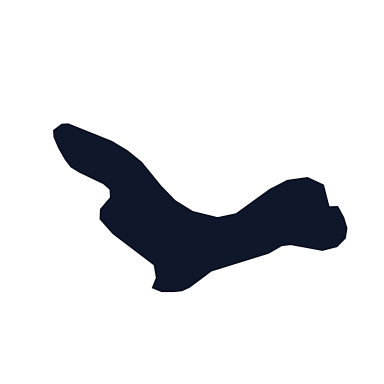 Bonaire, Natural Earth projection, rotated 134°
{"feature_id": "NLD-5149", "entity_name": "Bonaire", "entity_type": "Special Municipality", "adm_level": 1, "iso_a3": "NLD", "parent_name": "Netherlands", "parent_adm1": "", "projection": "natural_earth1", "projection_center": [-68.284, 12.166], "detail": "fine", "context": "isolated", "style": "filled", "palette": "ink", "viewbox_px": 384, "rotation_deg": 134, "n_neighbors": 0, "source": "natural_earth", "source_scale": "10m", "svg_char_len": 700}
<svg xmlns="http://www.w3.org/2000/svg" viewBox="0 0 384 384"><g transform="rotate(134 192 192)"><path d="M269.9,130.9L275.7,135.7L284.5,144.8L288.1,153.8L278.3,157.8L270.5,168.4L276.6,220.0L275.1,239.2L267.9,245.6L252.4,246.6L246.8,252.7L247.2,261.4L255.7,286.8L257.8,296.4L256.4,305.8L252.7,318.4L248.1,329.4L243.7,334.1L233.8,332.5L229.2,328.2L211.5,284.6L207.5,267.0L205.9,249.0L209.6,218.2L210.2,198.1L205.9,178.0L193.0,155.7L177.1,144.9L136.2,137.6L117.5,131.2L101.6,118.8L95.9,102.3L107.8,83.1L101.5,77.0L105.2,65.3L110.6,55.6L118.7,49.9L130.4,50.0L143.2,57.8L161.0,84.6L168.2,90.5L182.6,94.6L235.3,123.5L262.3,127.9L269.9,130.9Z" fill="#0f172a" stroke="#020617" stroke-width="1.5"/></g></svg>